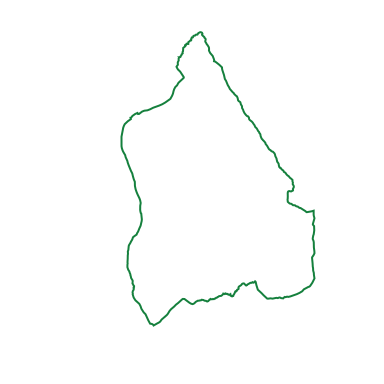 outline of Iramba, Singida, United Republic of Tanzania, rotated 333°
{"feature_id": "72390352B66961871173396", "entity_name": "Iramba", "entity_type": "district", "adm_level": 2, "iso_a3": "TZA", "parent_name": "United Republic of Tanzania", "parent_adm1": "Singida", "projection": "mercator", "projection_center": [34.32, -4.386], "detail": "fine", "context": "isolated", "style": "outline", "palette": "green", "viewbox_px": 384, "rotation_deg": 333, "n_neighbors": 0, "source": "geoboundaries", "source_scale": "gbopen_adm2", "svg_char_len": 6003}
<svg xmlns="http://www.w3.org/2000/svg" viewBox="0 0 384 384"><g transform="rotate(333 192 192)"><path d="M170.9,98.0L170.6,99.3L167.0,99.8L162.9,101.0L161.4,102.1L159.9,103.5L154.3,110.7L150.0,119.2L149.4,121.1L149.0,123.8L149.0,125.7L149.2,128.8L148.7,130.8L148.5,135.0L148.1,136.5L147.7,139.6L147.2,145.5L147.2,148.3L146.5,151.2L145.9,154.3L145.7,156.9L143.9,160.7L143.0,164.0L142.6,166.9L142.4,169.4L142.3,173.9L142.0,176.0L141.3,178.5L139.6,180.8L137.7,184.4L137.1,186.2L136.8,187.6L137.0,188.1L134.9,193.6L134.0,195.0L130.9,198.7L128.5,200.6L126.0,202.8L124.2,203.9L123.3,204.8L121.1,205.1L119.0,205.5L118.6,205.8L117.2,207.2L114.8,208.7L114.4,209.1L111.7,210.8L111.1,211.4L109.0,214.7L107.8,215.9L106.9,218.0L106.0,219.3L104.4,222.3L102.6,225.4L102.2,226.5L101.5,227.4L100.3,229.7L99.9,232.3L100.1,234.4L99.8,235.6L99.8,236.7L99.6,237.7L99.3,238.3L99.3,238.8L98.7,241.2L98.9,243.6L98.8,244.3L97.4,246.6L97.6,247.5L97.4,248.8L97.7,249.5L97.2,250.4L96.6,250.6L96.3,251.1L96.4,251.4L96.1,252.0L95.3,252.8L94.2,253.5L93.4,254.6L93.1,255.8L92.7,256.2L92.1,259.6L92.4,262.8L94.3,267.8L94.3,270.5L93.9,273.0L94.3,277.3L95.1,279.8L94.8,286.5L94.9,290.3L96.3,291.3L96.8,292.0L97.2,292.8L97.2,293.5L97.4,293.5L101.3,293.3L103.2,293.3L104.9,293.0L106.5,292.1L107.3,291.8L113.7,290.2L115.1,289.6L118.0,287.8L120.2,286.9L124.0,286.0L126.6,285.1L129.3,284.6L134.4,283.2L135.2,283.1L135.8,283.4L136.7,283.9L139.5,289.6L140.4,291.0L141.5,292.1L142.5,292.3L143.7,292.2L145.4,291.6L147.9,291.5L148.8,292.0L150.0,292.2L150.7,292.6L151.7,292.4L153.2,293.5L153.7,294.4L155.1,295.4L155.7,296.4L156.0,296.5L156.2,296.4L156.7,296.6L157.0,296.6L157.8,296.2L158.5,296.1L158.9,295.8L159.4,296.0L160.0,295.7L160.6,296.4L161.5,296.8L162.1,296.8L162.8,297.4L164.0,297.3L164.4,297.5L165.5,297.2L166.0,297.4L166.5,297.4L167.2,297.2L167.8,297.3L168.8,297.1L171.0,297.8L172.3,297.5L173.4,297.0L173.7,297.2L173.9,296.9L174.5,297.6L175.5,297.5L175.9,297.6L176.0,298.3L177.2,298.8L177.7,299.5L177.7,299.9L178.2,300.3L178.4,300.4L178.7,300.3L179.4,300.7L179.8,300.6L179.7,301.0L179.2,301.5L179.3,301.9L180.2,303.1L180.6,302.9L180.8,303.1L181.1,303.0L181.6,303.3L182.3,302.6L183.8,301.7L185.0,300.6L185.5,300.7L185.8,300.3L186.0,300.5L187.2,300.3L187.8,299.6L189.3,299.6L189.7,299.2L190.1,298.1L190.8,297.6L193.5,297.3L195.0,296.6L196.1,296.7L196.8,297.1L197.6,299.6L197.8,299.9L198.9,299.9L199.3,299.6L200.4,299.6L200.7,299.5L201.7,299.6L202.5,299.4L203.3,299.6L203.9,300.0L204.9,299.8L205.4,300.6L206.0,300.8L206.7,300.5L207.4,300.5L207.7,300.3L207.8,300.5L207.9,301.2L207.1,304.2L206.3,308.9L208.1,313.8L208.9,316.5L210.3,320.3L210.6,321.1L211.4,321.6L213.7,322.4L215.4,323.6L219.1,324.6L220.3,325.5L221.9,325.6L222.5,326.0L223.2,327.0L225.0,328.2L226.0,327.8L227.0,327.6L227.7,328.2L229.2,328.4L230.2,329.2L232.3,329.7L239.0,330.6L242.0,330.7L245.1,330.5L247.5,329.5L252.4,329.4L253.7,329.6L254.7,329.3L258.0,327.5L261.9,324.6L263.0,321.2L263.8,319.4L264.3,317.0L265.3,314.8L265.7,313.4L267.1,310.2L269.1,305.1L269.4,304.7L271.6,303.5L273.3,302.2L274.2,300.2L275.4,296.8L277.7,292.0L278.1,290.5L278.2,288.8L278.6,288.0L280.3,285.8L281.2,285.0L283.5,281.7L285.3,277.8L284.9,276.0L285.0,275.6L289.2,271.0L289.8,268.2L290.3,267.0L291.9,263.9L290.1,263.6L285.1,262.1L284.8,261.7L284.3,260.4L281.4,255.5L280.5,254.9L279.6,253.0L278.4,252.1L277.7,250.6L276.0,249.6L275.2,247.7L274.0,246.8L273.7,246.4L273.0,244.6L272.9,244.2L273.8,241.9L274.3,241.3L275.4,239.3L276.8,236.4L277.5,235.5L278.0,235.2L278.6,235.2L279.2,235.4L279.6,235.8L280.6,236.5L282.6,236.5L282.9,236.2L283.2,235.2L284.9,233.9L285.3,233.1L285.4,232.6L285.3,230.7L286.2,229.4L286.3,228.3L287.0,226.9L286.5,225.4L285.7,223.7L285.3,221.7L284.7,220.8L284.3,219.6L284.1,218.8L284.1,218.1L283.9,217.1L283.2,216.1L283.0,215.7L283.1,215.0L283.1,214.3L282.4,213.1L281.9,211.2L281.6,210.8L281.8,210.6L281.3,209.8L281.1,209.3L281.5,207.6L282.0,206.2L281.9,204.7L281.7,204.3L281.8,203.0L282.1,202.2L282.1,201.7L282.5,200.6L282.5,198.1L283.0,196.0L283.0,194.9L282.4,192.9L281.3,191.7L281.0,190.5L280.3,189.4L280.0,188.4L279.9,185.1L279.4,182.4L279.7,181.4L279.6,180.9L279.1,178.9L278.7,177.9L278.7,177.3L278.3,176.3L278.3,175.8L278.5,173.4L279.1,171.6L279.0,170.6L278.8,170.2L279.0,169.1L278.6,167.6L278.6,165.4L278.4,164.1L277.9,163.1L278.0,160.7L277.8,159.8L277.6,157.7L277.3,156.5L276.1,153.9L276.0,153.0L276.5,151.5L276.4,150.7L276.3,150.1L275.6,149.4L275.1,148.1L274.6,145.7L274.6,143.3L274.9,141.7L274.7,140.3L274.9,139.5L275.4,138.5L275.5,137.6L275.3,136.3L275.8,134.0L275.4,133.0L274.9,132.3L274.7,131.2L275.3,129.1L275.4,127.9L275.4,127.0L274.9,126.2L274.1,123.8L274.1,122.8L273.6,121.7L272.5,117.3L272.6,115.5L272.4,113.1L272.8,108.4L272.6,106.2L273.6,102.3L274.4,97.1L274.9,95.4L275.3,94.6L274.1,91.1L272.6,87.8L271.7,86.1L271.0,85.5L271.4,85.0L271.8,83.9L272.2,80.2L271.3,76.4L271.3,74.4L271.4,73.5L272.1,72.4L272.6,71.2L272.7,70.3L272.5,68.0L272.2,67.1L272.3,66.3L272.1,64.2L272.3,63.6L273.2,62.6L273.5,62.1L273.6,61.5L273.1,60.0L273.3,59.6L273.2,59.1L272.6,57.8L272.3,56.8L272.4,56.3L273.0,56.0L273.2,55.7L273.2,54.6L272.4,53.6L271.8,53.3L269.8,53.3L268.3,54.2L267.0,53.6L265.8,54.0L265.2,53.7L264.2,53.6L263.9,54.0L262.9,54.6L262.0,54.2L261.6,54.5L261.0,55.3L260.6,55.4L260.3,56.3L260.0,56.5L259.5,56.2L259.0,56.3L258.0,56.7L257.1,56.7L256.7,56.9L255.9,58.4L255.3,58.1L254.8,57.5L254.4,57.4L253.8,58.1L253.4,58.3L252.8,58.0L252.5,58.0L252.3,58.3L252.5,58.8L252.2,59.1L249.6,59.6L247.9,62.5L247.0,63.1L246.7,64.2L246.2,64.4L245.1,64.7L244.9,65.1L244.4,65.5L242.4,66.3L242.1,66.2L242.2,66.4L241.6,66.4L241.0,66.7L240.5,67.3L239.9,68.7L238.2,70.0L237.6,71.2L237.2,72.2L235.1,73.3L235.0,73.9L235.1,76.4L236.1,79.3L236.7,84.7L236.8,86.0L236.3,86.6L230.0,88.4L229.1,88.8L227.1,90.2L224.8,90.9L222.8,92.3L221.3,93.8L219.8,95.6L218.1,97.1L215.0,99.2L208.9,100.1L205.4,100.3L202.0,100.1L195.7,99.3L192.3,99.3L189.4,99.0L186.4,97.9L184.0,97.7L180.3,98.4L179.3,98.0L179.3,96.8L176.6,96.7L173.4,97.2L171.4,98.2L170.9,98.0Z" fill="none" stroke="#15803d" stroke-width="2"/></g></svg>